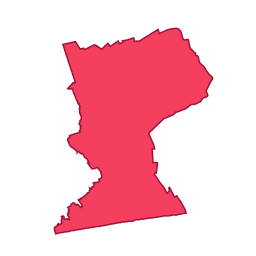 outline of Lerdo de Tejada, Veracruz, Mexico, rotated 168°
{"feature_id": "50627088B89333927260358", "entity_name": "Lerdo de Tejada", "entity_type": "district", "adm_level": 2, "iso_a3": "MEX", "parent_name": "Mexico", "parent_adm1": "Veracruz", "projection": "robinson", "projection_center": [-95.486, 18.659], "detail": "fine", "context": "isolated", "style": "filled", "palette": "rose", "viewbox_px": 256, "rotation_deg": 168, "n_neighbors": 0, "source": "geoboundaries", "source_scale": "gbopen_adm2", "svg_char_len": 5763}
<svg xmlns="http://www.w3.org/2000/svg" viewBox="0 0 256 256"><g transform="rotate(168 128 128)"><path d="M51.1,138.9L50.6,139.9L49.7,140.7L48.7,141.4L48.1,141.7L47.3,141.9L46.4,141.9L44.9,142.0L43.2,143.0L43.2,144.5L43.3,145.5L43.7,146.2L44.1,146.6L43.7,147.4L43.6,148.3L43.2,149.1L41.3,151.3L40.3,152.7L39.7,153.4L38.8,154.3L38.4,155.3L37.4,155.9L36.9,156.6L35.1,158.4L34.9,159.9L35.4,160.5L35.9,161.4L36.8,162.8L37.4,163.4L38.1,164.7L38.7,166.4L39.6,167.7L40.2,170.5L40.8,171.8L42.1,173.9L43.0,175.0L44.1,176.6L44.5,178.2L44.5,181.4L44.5,182.6L45.0,184.1L46.1,184.5L46.7,185.3L46.4,187.5L47.6,188.3L48.3,189.7L49.1,190.9L49.3,191.6L50.2,192.4L50.3,193.1L50.6,194.1L50.7,198.1L50.7,199.8L50.5,201.3L50.7,202.1L51.7,202.3L52.8,202.2L54.7,202.5L55.4,203.2L55.7,204.3L55.9,206.2L56.0,209.3L56.3,211.5L56.9,212.8L57.7,213.8L58.4,214.6L59.9,215.4L60.5,215.5L68.1,216.0L77.8,213.9L78.0,217.3L78.1,218.1L86.4,215.2L87.7,214.6L88.4,214.4L91.1,213.4L93.2,212.7L99.0,210.6L103.3,211.5L103.5,211.4L103.7,215.0L111.2,214.2L115.2,214.5L114.8,213.3L118.6,212.0L119.5,215.1L122.1,214.1L127.1,212.0L128.3,211.6L130.0,215.0L132.6,213.5L137.4,210.5L139.0,212.2L140.9,214.3L140.9,213.8L143.3,216.4L154.1,213.7L154.7,215.3L158.4,215.1L161.5,223.4L174.3,223.3L174.2,222.7L172.2,202.8L171.9,201.0L171.7,198.3L171.3,195.3L170.0,183.5L171.0,183.1L171.9,183.9L178.8,179.1L177.8,178.5L176.9,178.3L176.3,178.2L175.5,178.0L175.2,178.1L174.0,177.7L174.0,174.2L173.2,170.6L172.9,169.4L172.9,168.2L172.3,165.9L171.8,162.1L170.7,161.7L171.1,161.2L170.5,159.7L170.9,159.0L170.7,158.3L171.1,157.8L171.7,157.3L171.3,155.9L171.8,155.0L172.0,154.2L172.1,153.2L172.2,152.1L171.5,151.9L171.7,151.0L171.6,149.8L171.3,148.8L172.0,146.3L172.7,145.7L173.5,145.1L173.3,144.5L173.6,144.0L174.7,143.0L174.9,142.5L174.6,140.9L173.7,140.6L174.0,138.7L174.5,138.6L174.2,138.0L174.8,136.8L174.9,136.4L175.2,136.1L175.7,136.0L175.8,135.4L176.2,134.9L175.6,133.9L177.3,133.6L180.6,133.4L182.9,133.2L185.3,132.8L185.7,132.9L185.9,132.6L186.8,132.7L187.0,132.4L187.0,131.8L187.0,131.2L186.9,130.9L188.4,130.5L189.0,130.1L189.4,129.5L189.4,129.1L189.5,128.6L189.4,127.5L189.2,126.7L189.0,125.8L188.6,123.3L188.0,122.2L187.2,121.0L185.3,119.1L183.3,116.4L182.2,115.2L182.7,114.4L181.8,114.8L180.9,114.8L179.9,114.1L180.0,113.1L179.0,112.8L178.8,112.3L177.8,112.3L176.2,107.9L174.5,106.3L173.5,102.8L174.0,103.3L174.8,102.2L173.3,98.9L172.0,95.7L171.4,95.7L170.6,95.4L169.8,95.1L168.1,95.4L167.2,95.7L166.3,95.9L166.2,95.5L165.7,94.9L165.7,94.6L165.1,93.9L164.3,91.9L163.9,91.7L163.9,91.3L163.9,90.5L163.5,91.1L163.7,90.5L163.7,89.9L163.7,88.8L163.6,88.0L163.6,86.9L163.7,86.2L163.9,85.6L164.7,84.6L165.5,84.2L166.9,84.2L167.2,83.8L167.0,81.5L167.5,81.2L169.1,81.3L169.6,81.5L171.1,81.0L171.5,81.3L172.0,81.7L172.4,81.8L172.9,81.7L173.4,81.4L173.6,80.8L173.1,80.0L173.0,79.6L173.1,79.0L173.3,78.8L173.5,78.3L174.0,77.8L174.8,77.7L175.2,77.5L175.5,77.8L176.1,77.6L176.2,76.2L176.4,75.9L177.1,75.8L177.4,75.9L177.5,76.4L177.9,76.9L177.8,75.9L177.9,75.4L178.5,75.2L178.8,74.9L178.8,74.5L178.9,74.2L179.0,73.3L179.6,73.1L179.9,72.9L180.3,72.9L180.6,72.8L180.8,73.0L181.1,73.0L181.3,72.9L181.2,72.7L181.4,72.5L181.5,72.5L181.5,72.4L181.7,72.1L181.8,72.0L182.0,72.0L182.9,71.5L183.1,71.3L183.6,71.2L185.4,70.1L187.2,69.4L188.3,68.7L188.7,68.3L189.0,69.0L191.6,67.9L191.3,67.4L190.7,66.2L190.3,65.1L190.0,64.6L189.2,62.1L188.7,61.1L188.9,60.7L189.2,60.5L189.7,60.6L189.9,60.0L190.2,60.3L190.9,60.5L191.0,60.6L191.2,61.0L191.6,61.4L192.2,62.2L192.8,63.4L193.2,63.6L193.5,63.9L194.5,63.4L194.9,64.2L195.4,64.5L196.0,65.1L196.4,66.0L197.4,66.1L198.3,65.7L199.0,65.4L199.5,65.1L200.5,63.7L203.4,62.9L203.0,61.9L202.7,61.3L202.5,60.3L203.2,60.1L203.0,59.1L203.8,58.9L203.3,57.2L204.2,57.1L205.1,56.6L204.9,54.8L204.6,53.7L204.2,53.6L204.4,52.8L204.3,52.0L204.2,51.1L204.2,50.7L204.6,50.6L204.9,50.7L205.1,51.1L205.3,51.2L205.9,51.2L206.1,51.7L206.4,51.9L207.7,51.6L208.0,51.8L208.6,51.8L208.9,52.0L209.3,52.4L209.5,53.0L209.6,53.5L209.1,53.4L209.2,54.9L210.1,55.6L210.4,55.4L210.7,55.4L210.8,55.2L211.5,55.1L210.9,53.7L212.0,52.5L212.3,52.0L212.3,51.3L212.7,50.5L212.4,49.7L212.5,48.3L213.7,48.3L215.1,47.9L215.8,47.5L216.0,48.9L217.3,48.0L217.4,47.1L218.1,46.8L220.3,46.2L220.8,45.5L221.0,43.9L221.1,42.8L220.7,39.4L220.4,39.4L219.5,39.6L218.3,39.5L216.5,39.7L213.8,39.4L211.3,39.5L210.0,39.3L208.4,39.0L206.5,39.2L204.3,39.4L202.6,38.9L200.6,39.2L199.6,39.0L197.8,39.0L196.7,38.8L194.8,38.7L194.0,38.9L192.9,38.7L192.1,38.7L191.4,38.5L190.5,38.7L188.6,38.7L186.9,38.3L186.4,38.5L185.2,38.3L183.0,38.2L182.6,38.1L182.2,38.2L181.5,38.2L180.7,38.0L179.5,38.2L178.0,38.0L176.5,37.6L176.0,37.6L175.6,37.8L174.9,37.7L173.6,38.0L172.8,37.6L172.0,37.5L171.0,37.7L168.1,37.5L166.5,37.5L165.8,37.6L164.8,37.5L164.0,37.7L162.5,37.3L159.6,37.4L157.4,37.3L155.2,37.0L154.3,37.3L153.3,37.3L152.1,36.9L151.2,36.8L150.5,37.0L148.5,36.5L146.6,36.7L143.0,35.9L141.6,36.0L140.1,36.5L138.8,36.6L136.5,35.9L135.6,36.2L134.3,36.2L132.2,35.7L130.8,35.6L129.6,35.8L128.3,35.5L127.6,35.7L122.2,34.9L120.6,35.1L118.7,34.7L116.8,34.8L114.7,34.5L111.6,34.6L109.8,34.4L108.4,33.9L107.0,33.8L105.4,33.4L103.5,33.7L101.0,33.4L98.9,32.7L96.8,33.0L94.9,32.8L92.9,32.9L89.4,32.7L88.9,32.6L88.9,34.3L89.2,36.5L89.6,38.1L90.3,40.4L90.8,42.0L92.1,46.0L93.1,47.8L93.9,50.1L94.3,51.5L96.9,50.8L99.7,61.2L100.5,60.8L100.7,60.1L100.3,59.6L99.7,59.2L100.6,58.2L101.6,57.2L103.0,56.1L103.7,56.5L103.8,57.8L104.4,59.6L104.8,61.3L108.1,68.1L111.2,75.8L111.9,77.1L111.5,77.8L111.0,78.5L109.6,78.0L106.3,87.9L109.3,88.7L110.8,89.0L108.7,102.4L106.3,102.0L106.3,105.6L108.9,118.5L91.1,129.7L81.5,131.4L79.2,132.5L78.2,133.5L76.5,133.4L67.4,134.9L65.4,135.8L63.8,136.7L61.2,137.8L58.6,137.5L57.9,137.2L51.1,138.9Z" fill="#f43f5e" stroke="#9f1239" stroke-width="1.5"/></g></svg>